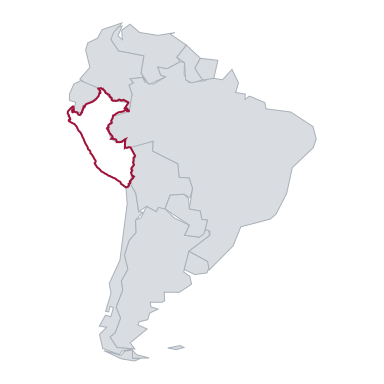 Peru highlighted on a map of South America
{"feature_id": "PER", "entity_name": "Peru", "entity_type": "country or territory", "adm_level": 0, "iso_a3": "PER", "parent_name": "South America", "parent_adm1": "", "projection": "albers", "projection_center": [-73.974, -9.194], "detail": "fine", "context": "in_parent", "style": "outline", "palette": "rose", "viewbox_px": 384, "rotation_deg": 0, "n_neighbors": 12, "source": "natural_earth", "source_scale": "50m", "svg_char_len": 9598}
<svg xmlns="http://www.w3.org/2000/svg" viewBox="0 0 384 384"><path d="M132.5,350.1L136.6,354.7L149.2,358.0L132.4,358.3L132.5,350.1ZM189.0,251.2L183.7,272.0L189.8,276.4L191.6,284.2L179.3,292.3L164.1,292.2L164.7,300.8L161.8,302.3L150.3,302.2L150.8,306.7L158.1,309.1L149.7,313.0L147.7,319.7L139.3,321.7L137.9,324.9L147.1,329.0L130.2,342.8L134.8,349.0L117.0,347.6L109.9,337.0L115.1,332.7L120.5,318.2L116.1,307.0L122.7,290.1L121.3,281.1L127.8,269.3L124.4,255.2L129.0,240.5L135.9,232.6L135.5,220.2L141.1,217.7L146.7,206.3L156.3,211.6L158.4,207.4L164.2,207.8L174.1,217.9L189.4,225.2L184.7,235.2L199.3,237.2L207.8,228.1L209.8,235.4L189.0,251.2Z" fill="#d9dde1" stroke="#a8b0b8" stroke-width="1"/><path d="M132.5,350.1L132.4,358.3L140.2,358.5L134.6,361.0L121.2,358.8L104.0,350.7L120.8,355.3L124.8,351.1L132.5,350.1ZM130.0,183.2L135.8,193.1L138.7,211.6L142.9,212.3L135.5,220.2L135.9,232.6L129.0,240.5L124.4,255.2L127.8,269.3L121.3,281.1L122.7,290.1L116.1,307.0L120.5,318.2L115.1,332.7L109.9,337.0L117.0,347.6L132.8,348.8L122.0,351.0L119.3,354.5L102.7,348.5L99.5,334.4L106.6,327.3L99.3,326.1L105.5,315.2L110.8,316.7L113.4,307.6L110.1,306.4L108.6,311.9L105.6,311.3L111.0,293.3L109.2,283.4L119.9,260.4L127.2,203.6L125.9,187.3L130.0,183.2Z" fill="#d9dde1" stroke="#a8b0b8" stroke-width="1"/><path d="M167.7,348.0L180.3,345.6L184.0,347.5L176.1,349.6L167.7,348.0Z" fill="#d9dde1" stroke="#a8b0b8" stroke-width="1"/><path d="M189.0,251.2L207.6,261.4L210.3,264.9L206.9,272.9L194.9,274.6L184.2,269.4L189.0,251.2Z" fill="#d9dde1" stroke="#a8b0b8" stroke-width="1"/><path d="M209.2,270.0L207.6,261.4L189.0,251.2L209.8,235.4L210.1,231.3L205.2,229.0L207.4,220.1L201.8,219.5L200.2,211.0L189.3,209.0L192.5,188.3L189.1,178.0L179.1,177.4L177.8,163.9L152.5,151.1L153.0,141.3L137.4,147.8L125.4,147.6L125.8,139.4L116.8,142.4L111.2,139.1L107.2,128.6L113.1,116.4L129.2,111.2L132.0,94.1L128.9,85.1L133.3,82.8L130.0,78.8L142.5,77.3L145.0,82.2L153.3,84.2L165.4,76.9L160.5,75.2L157.7,66.9L167.1,68.6L180.4,61.5L184.5,62.7L184.1,74.6L188.9,82.5L205.7,80.6L206.0,76.9L222.5,79.8L232.0,69.4L238.5,82.9L235.6,92.5L245.2,94.0L245.0,99.4L249.4,96.1L264.8,102.6L266.0,108.8L290.7,112.0L313.0,126.6L316.3,139.0L313.2,147.7L292.3,167.7L286.7,193.3L276.1,214.1L270.3,219.1L240.8,226.8L233.1,245.9L209.2,270.0Z" fill="#d9dde1" stroke="#a8b0b8" stroke-width="1"/><path d="M130.8,147.4L153.0,141.3L152.5,151.1L177.8,163.9L179.1,177.4L189.1,178.0L192.5,188.3L190.2,197.8L183.9,194.2L170.1,195.2L165.0,208.9L158.4,207.4L156.3,211.6L146.7,206.3L138.7,211.6L135.8,193.1L130.0,183.2L135.2,156.2L130.8,147.4Z" fill="#d9dde1" stroke="#a8b0b8" stroke-width="1"/><path d="M146.1,81.5L142.5,77.3L130.0,78.8L133.3,82.8L128.9,85.1L132.0,94.1L129.2,111.2L125.0,108.1L128.5,102.7L112.2,100.3L101.1,88.2L88.5,85.8L79.8,79.0L89.9,67.4L85.6,49.7L87.8,42.9L97.8,38.0L102.1,29.6L121.8,23.0L111.0,39.5L118.5,50.8L144.0,55.8L141.1,73.1L146.1,81.5Z" fill="#d9dde1" stroke="#a8b0b8" stroke-width="1"/><path d="M180.4,61.5L167.1,68.6L157.7,66.9L160.5,75.2L165.4,76.9L149.0,84.4L141.1,73.1L144.0,55.8L118.5,50.8L111.0,39.5L113.3,32.8L118.5,26.9L122.1,26.1L117.9,35.9L122.4,39.7L121.7,30.2L130.0,24.2L139.7,32.5L158.1,35.4L175.0,32.6L170.2,34.0L186.4,45.1L176.8,57.4L180.4,61.5Z" fill="#d9dde1" stroke="#a8b0b8" stroke-width="1"/><path d="M202.7,80.0L191.6,82.9L185.7,79.9L184.5,62.7L176.8,57.4L186.4,45.1L200.4,58.3L195.0,68.1L202.7,80.0Z" fill="#d9dde1" stroke="#a8b0b8" stroke-width="1"/><path d="M213.8,78.4L202.7,80.0L197.2,72.1L195.0,68.1L200.4,58.3L217.9,60.3L213.8,78.4Z" fill="#d9dde1" stroke="#a8b0b8" stroke-width="1"/><path d="M99.7,88.7L98.8,96.3L86.4,104.2L82.2,112.6L72.5,112.1L75.9,102.4L69.4,100.3L69.5,93.9L73.9,84.0L80.6,80.6L99.7,88.7Z" fill="#d9dde1" stroke="#a8b0b8" stroke-width="1"/><path d="M188.6,198.8L189.3,209.0L200.2,211.0L201.8,219.5L207.4,220.1L204.1,233.5L199.3,237.2L184.7,235.2L189.4,225.2L165.0,208.9L170.1,195.2L183.9,194.2L188.6,198.8Z" fill="#d9dde1" stroke="#a8b0b8" stroke-width="1"/><path d="M128.9,110.8L128.8,111.2L128.7,111.3L128.4,111.4L128.0,111.1L127.7,111.2L127.4,111.2L127.0,110.9L126.8,110.6L126.5,110.4L125.8,110.4L125.3,110.4L124.8,110.4L124.4,110.5L124.0,110.8L123.7,111.1L123.4,111.4L122.5,111.6L122.0,111.6L121.6,111.8L120.9,111.9L120.5,112.0L118.7,112.2L118.0,112.6L117.5,113.0L116.5,113.5L116.0,113.7L115.4,114.3L114.6,114.9L114.1,115.2L113.4,115.4L113.1,115.5L113.1,116.0L112.7,117.6L112.6,118.3L112.1,119.2L111.6,119.9L111.4,120.5L111.2,120.8L111.4,121.1L111.8,122.2L111.8,122.5L111.8,122.8L111.5,123.2L111.2,123.4L110.8,123.4L109.8,124.0L108.8,124.8L108.4,125.2L108.2,126.2L108.3,126.5L108.6,127.2L108.6,127.4L108.5,127.6L107.9,127.6L107.7,127.8L107.5,127.7L107.3,127.8L107.3,128.0L107.4,128.5L107.1,128.8L107.7,129.3L108.1,129.7L108.4,129.8L108.6,130.0L108.6,130.5L108.4,130.6L108.3,130.8L108.8,131.3L109.0,131.6L109.2,132.0L109.4,132.5L109.5,132.8L109.5,133.0L110.3,133.7L110.5,133.8L110.6,134.0L110.6,134.3L110.9,134.7L111.4,135.1L112.6,136.6L112.6,137.3L111.3,138.8L112.4,138.8L113.4,138.8L114.5,139.1L115.3,139.3L115.7,139.4L116.1,139.7L116.3,140.4L116.4,140.8L116.8,141.2L116.8,142.1L119.8,142.1L121.2,142.0L121.8,141.9L122.4,141.3L122.8,141.1L123.2,140.8L123.7,140.3L124.0,140.1L124.3,139.8L124.8,139.5L125.0,139.3L125.5,139.1L125.3,139.4L125.2,139.6L125.2,140.1L125.3,140.5L125.2,140.9L125.0,141.2L124.9,147.6L125.1,147.4L125.5,147.3L125.9,147.7L126.2,147.9L126.5,147.9L127.1,147.8L127.9,147.5L128.5,147.2L129.1,147.2L130.0,147.4L130.5,147.4L135.1,155.8L134.7,156.4L134.7,156.8L134.4,157.1L134.1,157.2L133.8,157.6L133.5,157.9L133.5,160.6L133.5,161.2L133.3,161.8L133.0,162.2L133.2,162.8L133.5,163.8L133.7,164.0L133.9,164.5L134.0,164.9L133.9,165.0L133.5,165.2L133.3,165.4L133.2,166.0L132.7,166.5L132.2,167.0L131.8,168.0L131.4,168.2L131.3,168.7L131.3,169.1L131.5,169.6L132.3,170.4L132.3,170.6L131.9,171.1L131.6,171.5L131.0,172.6L131.0,172.8L131.2,173.3L132.0,175.6L132.5,176.0L132.9,175.9L133.6,176.2L133.9,176.5L134.0,176.6L133.9,176.7L133.1,177.1L133.0,177.3L132.9,177.7L133.0,178.2L132.8,178.4L132.4,178.6L132.1,178.9L131.7,179.4L131.1,180.1L130.9,180.4L130.8,180.6L130.5,180.7L129.8,181.2L129.7,181.5L129.8,181.7L130.2,181.9L130.4,182.2L130.4,182.6L130.4,182.9L130.0,183.2L129.5,183.6L128.9,183.7L128.6,183.9L128.7,184.3L128.9,185.0L128.9,185.4L128.7,186.0L128.2,186.6L127.5,187.0L126.9,187.2L126.4,187.2L125.9,187.3L125.7,187.3L125.3,186.9L123.6,185.7L123.0,185.1L122.4,184.8L120.9,183.7L120.8,183.4L120.6,182.3L120.4,182.0L119.9,181.6L118.7,181.1L118.2,180.8L117.7,180.4L117.0,180.0L116.1,179.3L115.7,178.8L115.1,178.4L113.4,177.9L112.6,177.4L111.0,176.7L110.3,176.2L108.6,175.7L108.1,175.4L106.4,174.1L105.2,173.7L104.3,173.0L101.4,171.4L100.9,170.9L100.5,170.2L99.9,169.7L99.1,168.7L98.1,168.0L97.0,167.2L96.7,166.5L96.0,165.5L95.8,165.0L95.2,164.5L95.1,163.5L94.7,163.1L95.0,162.8L95.3,162.7L95.7,161.2L95.5,160.4L94.4,159.0L94.0,158.3L93.7,157.4L93.3,156.9L92.6,155.8L92.2,154.9L91.4,154.2L91.2,153.9L91.0,153.6L90.5,153.3L90.5,152.6L90.2,151.2L89.7,150.5L88.0,149.1L87.9,148.6L87.8,147.7L87.4,146.7L85.5,143.6L85.0,142.7L84.5,141.1L84.0,140.3L83.6,138.8L82.8,137.6L82.4,136.6L81.9,135.4L81.8,134.7L80.9,133.5L80.5,132.5L79.6,131.6L78.8,131.0L78.5,130.5L77.3,128.2L77.2,127.6L76.4,126.3L75.6,125.5L75.1,124.7L74.5,124.1L70.7,122.2L69.4,121.4L68.9,121.0L68.7,120.4L68.8,120.0L69.1,119.7L69.7,119.9L70.0,119.8L70.3,119.3L70.2,118.7L69.9,117.8L68.7,116.2L68.7,115.8L69.0,115.4L68.5,114.6L68.0,114.0L67.7,113.5L67.9,111.6L68.2,111.1L70.0,109.2L70.5,108.3L71.3,107.8L72.1,107.0L73.0,106.4L73.3,106.6L73.3,107.0L73.5,107.2L73.5,107.4L73.6,107.6L73.6,108.2L73.6,108.3L73.6,108.6L73.8,109.1L73.4,109.5L73.2,109.8L72.9,109.8L72.5,109.6L72.2,109.8L72.1,110.1L72.2,110.4L72.2,110.7L72.4,110.9L72.9,110.9L72.2,111.9L72.3,112.1L72.6,112.3L72.8,112.3L73.3,112.0L73.8,111.4L74.1,111.3L74.5,111.5L75.1,111.8L75.7,112.1L76.0,112.3L76.8,112.2L77.5,112.6L77.6,113.3L77.8,113.8L78.5,114.7L78.8,114.8L79.3,114.8L79.9,115.0L80.1,114.9L80.4,114.4L80.7,114.3L80.7,114.1L80.7,113.8L80.8,113.5L81.0,113.2L81.9,112.7L82.1,112.1L82.1,111.9L81.9,111.7L82.0,111.4L82.4,110.5L82.6,109.5L82.9,109.3L83.0,108.7L83.3,108.4L83.3,108.0L83.4,107.8L83.4,107.4L83.7,106.5L83.7,106.3L83.8,106.3L84.0,106.3L84.2,106.5L84.3,106.7L84.3,106.8L84.5,106.8L84.7,106.7L84.5,106.3L84.5,106.2L85.9,104.4L86.3,104.0L89.0,103.1L92.7,101.7L95.8,99.4L98.2,96.5L98.6,96.1L99.5,92.9L99.8,93.1L100.2,93.1L100.4,93.0L100.2,91.7L100.2,91.4L100.3,91.0L100.3,90.9L99.9,90.6L99.4,90.1L99.2,89.6L99.0,89.2L98.3,88.7L98.5,88.5L99.1,88.7L99.8,88.6L100.1,88.5L100.5,88.1L100.9,88.1L101.7,88.7L102.0,88.9L102.3,88.9L102.6,89.0L102.8,88.9L103.0,89.5L103.4,89.7L103.8,89.9L104.6,90.6L104.9,91.0L105.1,91.6L105.2,92.0L105.4,92.2L105.3,92.4L105.6,92.9L105.8,93.1L106.2,93.2L106.8,93.4L107.2,93.8L107.5,93.9L107.9,94.3L108.2,94.4L108.6,94.4L109.0,94.6L109.3,94.9L109.4,95.4L109.7,95.7L109.9,96.1L109.7,96.7L109.9,97.0L110.2,97.2L110.7,97.5L111.1,97.4L111.3,97.5L111.5,97.7L111.9,99.1L111.7,99.5L111.6,99.8L111.7,100.1L112.6,100.5L112.9,100.8L113.2,100.8L113.6,100.8L114.1,100.8L114.4,100.6L114.6,100.5L115.8,101.0L116.3,100.9L116.8,100.8L117.2,100.7L117.7,100.4L118.1,100.4L118.3,100.2L119.0,99.6L119.3,99.5L120.4,99.9L120.7,100.2L121.0,100.3L121.2,100.5L121.8,100.5L122.3,100.4L122.8,100.0L123.6,99.8L123.8,99.9L125.0,100.6L125.3,100.9L125.7,101.0L126.0,101.2L126.5,101.4L126.8,101.6L127.2,101.7L127.5,102.0L127.9,102.2L128.3,102.3L128.4,102.5L128.4,102.8L124.7,108.3L124.9,108.4L125.8,108.8L126.1,108.8L126.4,108.7L126.7,108.6L126.9,108.5L127.4,108.9L127.6,109.5L127.8,109.8L128.2,110.1L128.6,110.4L128.9,110.8Z" fill="none" stroke="#9f1239" stroke-width="2"/></svg>